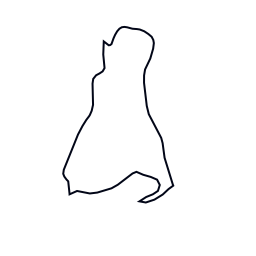 an SVG outline of Umm Al Qaywayn, rotated 216°
{"feature_id": "ARE-339", "entity_name": "Umm Al Qaywayn", "entity_type": "Emirate", "adm_level": 1, "iso_a3": "ARE", "parent_name": "United Arab Emirates", "parent_adm1": "", "projection": "equal_earth", "projection_center": [55.75, 25.47], "detail": "fine", "context": "isolated", "style": "outline", "palette": "ink", "viewbox_px": 256, "rotation_deg": 216, "n_neighbors": 0, "source": "natural_earth", "source_scale": "10m", "svg_char_len": 998}
<svg xmlns="http://www.w3.org/2000/svg" viewBox="0 0 256 256"><g transform="rotate(216 128 128)"><path d="M57.5,108.0L59.3,102.4L60.8,94.6L64.5,85.6L69.8,78.2L75.6,75.4L72.7,82.9L68.9,89.0L66.8,94.7L68.8,100.6L74.1,103.3L80.8,101.8L88.2,99.1L95.4,97.5L97.6,93.9L102.9,76.1L105.9,69.5L114.9,57.7L120.4,52.6L132.2,47.1L136.3,40.0L136.7,40.5L145.0,49.7L147.6,50.2L151.0,51.3L153.5,52.9L155.4,56.5L164.6,93.3L166.0,102.9L166.5,110.1L166.4,114.6L166.5,116.1L167.5,120.6L169.9,126.2L182.8,143.1L185.0,147.3L184.8,151.9L183.1,155.4L181.8,158.9L182.2,162.7L191.2,172.9L198.5,183.8L192.2,183.6L191.2,184.6L190.7,186.2L192.4,192.0L193.2,195.8L193.6,199.9L193.3,203.3L192.2,205.9L190.3,207.7L187.8,209.0L182.8,210.9L178.9,213.3L176.4,214.6L171.7,215.8L166.8,216.0L162.5,215.7L159.3,214.1L157.0,211.9L154.3,207.0L150.8,197.3L148.6,185.4L145.9,180.0L141.6,174.0L125.8,156.9L119.3,151.4L95.3,139.5L91.1,136.1L80.9,125.4L58.5,108.6L57.6,108.1L57.5,108.0Z" fill="none" stroke="#020617" stroke-width="2"/></g></svg>